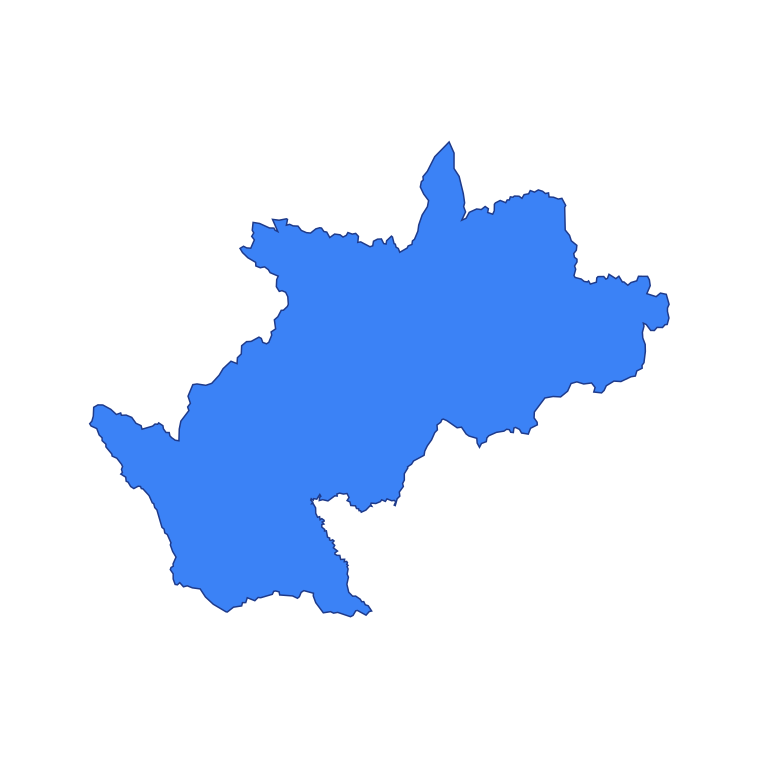 Pasco, Pasco, Peru, rotated 347°
{"feature_id": "86281439B9789876914090", "entity_name": "Pasco", "entity_type": "district", "adm_level": 2, "iso_a3": "PER", "parent_name": "Peru", "parent_adm1": "Pasco", "projection": "orthographic", "projection_center": [-76.088, -10.729], "detail": "fine", "context": "isolated", "style": "filled", "palette": "blue", "viewbox_px": 768, "rotation_deg": 347, "n_neighbors": 0, "source": "geoboundaries", "source_scale": "gbopen_adm2", "svg_char_len": 6148}
<svg xmlns="http://www.w3.org/2000/svg" viewBox="0 0 768 768"><g transform="rotate(347 384 384)"><path d="M274.2,219.5L275.7,224.1L279.7,230.3L286.3,236.6L285.7,240.2L289.6,242.9L294.0,243.0L297.0,246.5L298.1,249.9L305.2,255.1L302.9,258.2L301.0,265.0L302.8,270.2L305.6,270.1L308.8,272.5L309.9,277.3L308.7,284.8L307.3,286.7L302.6,289.5L300.4,289.1L295.7,294.6L291.6,296.8L290.8,305.9L285.7,307.9L285.6,311.1L281.1,317.5L278.6,318.4L275.2,316.2L274.7,312.0L272.7,310.2L264.1,312.6L259.6,311.8L253.9,314.7L251.7,322.6L247.1,325.4L245.4,331.1L240.0,327.4L230.7,332.8L225.3,338.4L216.3,344.6L210.1,345.2L201.8,341.9L197.6,341.6L190.3,351.8L191.0,359.3L187.5,362.2L187.9,366.0L177.7,374.5L174.4,381.8L171.4,393.2L167.9,391.8L165.0,388.5L163.7,386.3L163.8,383.0L160.7,382.2L159.0,378.1L159.2,374.9L155.7,371.2L154.4,372.3L151.9,371.5L149.1,373.0L138.1,373.6L137.9,369.9L133.5,366.5L130.7,359.8L125.8,356.3L121.1,355.4L120.9,353.0L116.4,353.5L112.1,347.2L105.3,341.2L100.5,340.0L95.9,341.4L93.5,350.0L91.0,354.5L88.3,356.5L89.1,359.0L94.1,362.8L95.0,369.6L97.2,373.0L96.6,375.8L99.5,380.1L98.9,382.7L103.0,390.9L102.9,393.1L107.0,396.2L110.2,403.2L110.7,405.7L109.0,408.1L109.2,411.4L107.3,412.6L111.4,416.7L110.9,420.7L112.6,422.1L114.1,426.9L116.7,429.6L121.5,428.3L123.7,429.1L124.0,431.3L125.5,431.9L130.0,439.9L131.5,447.7L132.7,448.7L132.8,452.8L134.4,455.6L135.4,473.7L137.1,475.9L136.9,479.8L139.0,481.9L140.7,490.8L139.6,492.7L140.4,499.6L142.4,505.9L138.0,511.8L137.7,514.1L135.2,514.9L134.0,516.8L135.9,521.5L134.7,526.6L135.4,532.3L137.5,533.2L140.3,531.6L143.0,536.5L146.9,536.4L151.4,539.5L158.8,542.3L162.1,551.3L168.1,560.2L178.9,570.5L180.1,570.9L187.1,567.6L195.4,568.2L196.9,565.2L200.1,565.9L202.7,561.5L209.4,566.1L213.3,563.7L215.8,564.5L227.9,563.8L229.9,561.2L231.9,561.3L235.0,562.9L234.9,566.1L247.2,569.9L251.5,573.3L253.7,572.2L256.4,568.4L259.4,567.3L268.2,572.0L267.4,574.6L268.3,581.7L273.4,593.3L280.7,593.8L283.3,595.9L287.5,596.1L299.0,603.2L301.8,602.5L305.5,598.6L307.2,598.7L314.5,605.2L318.5,602.4L320.9,602.4L318.7,596.5L316.1,594.9L315.3,591.5L313.3,591.1L312.4,588.3L308.7,584.3L305.7,583.7L302.8,579.0L302.8,570.7L305.9,564.2L305.3,561.0L307.4,556.1L306.9,553.6L308.2,552.6L307.1,551.4L308.2,549.9L307.7,548.5L305.3,548.2L306.2,545.9L302.3,545.2L302.4,541.1L299.5,540.3L297.9,538.6L298.2,537.5L301.1,536.3L297.8,532.2L299.7,530.1L297.9,527.2L300.0,525.7L298.9,524.2L297.1,524.6L295.9,523.7L296.4,521.9L294.5,520.5L294.8,514.1L293.0,513.8L293.5,512.4L291.2,509.4L291.8,506.9L293.9,506.9L292.7,504.6L294.9,504.1L294.9,503.2L293.1,501.2L291.2,501.9L291.4,498.8L289.3,498.9L288.4,494.6L289.5,489.3L288.1,484.7L286.6,484.4L288.0,483.3L286.5,480.6L287.3,479.4L288.9,481.3L289.8,479.9L292.6,481.1L296.6,477.2L297.2,479.2L295.7,480.0L294.7,483.0L298.2,482.9L303.1,485.3L310.9,481.9L313.2,482.6L313.4,480.6L316.2,480.3L319.7,482.1L323.3,482.4L324.4,486.7L321.8,489.3L324.3,491.3L324.3,494.9L328.8,496.3L329.2,499.1L331.2,499.9L331.2,501.8L332.7,502.2L333.0,503.8L338.0,502.8L342.9,499.6L344.6,500.4L343.9,498.4L344.7,497.2L349.1,498.6L354.0,497.8L355.7,496.3L358.9,498.7L361.1,496.6L365.3,499.5L367.8,499.7L369.0,501.4L366.7,504.3L367.6,505.0L371.0,498.8L374.2,496.8L374.6,492.7L379.8,488.2L379.7,485.2L382.2,482.2L383.6,476.0L388.3,471.2L388.3,470.0L392.8,468.3L395.5,465.6L407.0,462.5L408.6,458.6L412.3,454.0L417.8,449.1L422.5,442.8L425.7,440.7L426.4,435.9L430.7,434.0L432.4,431.7L433.9,431.5L437.0,433.8L445.4,443.1L449.8,443.5L452.8,451.2L455.1,453.8L462.2,457.8L461.5,462.5L462.8,467.2L465.6,463.9L470.7,463.2L472.1,459.7L474.4,458.0L482.7,456.4L490.3,456.9L493.3,455.7L495.9,456.7L496.6,459.5L499.1,460.4L500.6,456.2L502.4,455.9L505.8,458.7L507.0,462.7L513.3,465.3L516.8,460.1L524.2,458.3L524.6,455.7L522.6,450.8L524.2,445.1L537.6,433.8L545.9,434.2L553.2,436.3L561.3,432.3L566.4,425.6L572.4,425.3L578.6,428.9L586.5,429.7L588.9,434.9L586.6,439.0L594.0,441.6L597.0,439.8L600.2,435.7L608.7,432.9L615.4,434.9L626.3,432.5L630.7,432.8L633.3,428.1L639.1,426.7L639.6,423.9L642.1,421.7L646.0,411.0L647.4,404.2L646.5,397.3L647.4,391.8L650.3,386.2L650.4,383.1L652.9,385.0L655.9,391.8L659.5,392.7L662.8,390.3L668.1,391.6L671.2,389.4L673.3,389.7L676.5,383.8L676.5,377.1L677.3,373.7L679.7,370.5L679.2,360.1L673.8,357.6L668.8,360.1L660.4,355.1L665.5,348.1L666.0,342.3L665.0,338.4L656.2,336.3L653.5,340.3L647.5,340.7L643.8,342.6L640.7,338.5L639.2,338.2L637.1,331.8L633.6,333.5L627.9,327.7L625.5,331.3L623.8,331.7L622.3,328.7L616.7,327.5L615.2,328.5L613.8,332.6L607.5,333.0L606.5,329.6L605.1,330.3L602.1,329.1L599.8,326.1L594.2,323.2L593.5,321.1L596.6,315.3L596.2,311.9L599.5,308.5L600.1,305.8L598.1,303.4L598.2,299.6L601.5,296.9L603.1,292.3L598.7,286.6L598.2,280.9L595.2,274.7L599.8,252.5L601.2,250.9L599.1,243.1L595.4,243.0L591.3,240.2L586.9,238.9L587.3,234.8L584.1,234.7L581.9,231.9L578.0,229.6L573.8,230.9L570.0,228.4L567.7,231.2L563.1,231.0L560.2,234.1L557.8,231.4L553.3,230.2L551.6,231.0L549.2,230.1L547.6,232.8L545.4,232.4L543.4,234.7L538.5,231.3L533.3,232.6L532.0,233.7L530.4,240.1L528.1,243.0L523.6,240.2L525.1,236.7L522.5,233.8L518.0,235.9L513.6,234.3L505.7,235.9L501.2,241.0L496.6,241.9L502.2,234.7L501.5,229.1L503.3,225.7L504.1,216.3L503.9,198.6L500.7,189.8L504.2,174.7L501.9,162.8L484.6,173.9L474.1,186.5L468.6,190.7L468.2,193.9L465.9,195.3L463.7,200.2L465.4,207.8L468.7,215.3L466.2,221.0L459.2,227.9L453.6,236.9L451.4,242.7L446.3,249.8L443.9,251.0L442.6,254.3L438.6,254.9L437.2,256.7L429.0,259.2L428.4,255.2L426.5,253.3L426.5,250.3L425.4,249.5L425.3,242.7L424.5,241.6L418.8,245.0L417.5,248.1L415.3,247.1L414.1,242.1L410.2,241.4L405.9,242.5L404.1,246.8L401.2,247.1L393.3,240.3L390.3,240.1L392.3,234.4L390.3,230.9L386.8,230.8L382.9,228.3L380.7,230.7L377.1,231.6L374.7,228.7L369.6,226.8L364.1,229.1L362.4,223.1L359.7,221.9L358.2,218.0L356.5,217.3L352.5,217.5L346.4,220.4L342.5,219.1L338.0,215.8L335.7,210.8L331.0,209.5L328.0,207.2L324.6,207.3L327.0,201.9L326.1,201.1L318.6,200.8L312.4,198.5L314.8,211.6L312.4,209.6L311.8,207.3L307.5,206.2L298.9,199.6L292.8,197.1L290.2,204.6L291.1,207.5L288.3,210.4L290.1,214.4L284.7,221.7L280.8,220.5L278.1,218.2L274.2,219.5Z" fill="#3b82f6" stroke="#1e3a8a" stroke-width="1.5"/></g></svg>